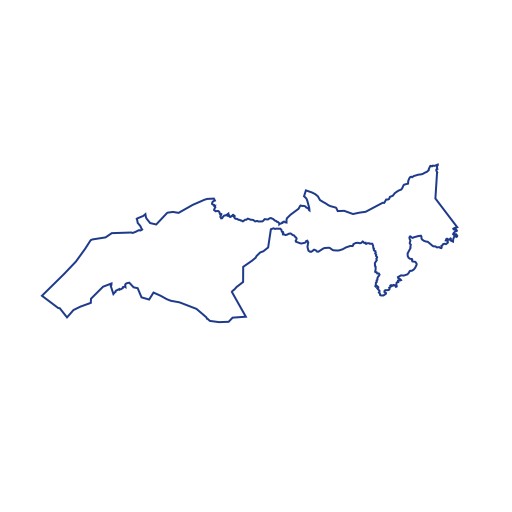 outline of Zapotitlán Tablas, Guerrero, Mexico, rotated 238°
{"feature_id": "50627088B79623688791809", "entity_name": "Zapotitlán Tablas", "entity_type": "district", "adm_level": 2, "iso_a3": "MEX", "parent_name": "Mexico", "parent_adm1": "Guerrero", "projection": "natural_earth1", "projection_center": [-98.863, 17.322], "detail": "fine", "context": "isolated", "style": "outline", "palette": "blue", "viewbox_px": 512, "rotation_deg": 238, "n_neighbors": 0, "source": "geoboundaries", "source_scale": "gbopen_adm2", "svg_char_len": 6157}
<svg xmlns="http://www.w3.org/2000/svg" viewBox="0 0 512 512"><g transform="rotate(238 256 256)"><path d="M209.9,215.2L238.3,216.5L238.8,217.4L239.1,220.1L240.0,223.1L240.8,231.3L253.6,239.4L254.1,249.8L254.7,254.7L255.7,256.5L256.8,261.5L256.1,264.7L256.8,270.8L270.8,282.8L270.2,285.5L268.8,286.6L268.5,287.6L266.2,291.1L264.7,291.4L262.9,290.8L262.1,291.6L261.4,291.5L260.7,290.5L260.0,290.3L259.2,291.5L258.2,292.0L257.5,294.2L257.6,295.3L256.9,297.1L256.2,297.6L254.3,298.2L253.3,299.2L251.0,299.4L250.4,299.8L249.5,299.8L248.5,298.9L247.8,297.6L246.8,297.5L246.2,298.0L242.9,300.6L242.5,301.2L241.3,304.6L241.4,305.7L242.0,306.3L241.8,307.6L239.9,307.5L236.5,304.5L234.7,303.9L232.7,303.3L230.9,304.1L230.8,304.7L230.3,305.1L230.3,306.9L230.7,308.3L230.5,308.7L229.2,309.7L227.4,310.1L226.6,311.2L226.7,317.0L226.4,318.4L224.5,322.0L223.8,322.8L220.4,324.2L219.6,325.0L217.5,327.9L216.7,329.5L215.8,333.0L215.6,336.9L214.5,341.5L213.4,342.8L213.3,343.4L213.4,343.8L214.4,344.8L214.2,347.5L213.2,349.4L211.9,350.7L211.4,351.7L211.4,352.9L211.8,354.1L211.4,354.4L209.7,354.7L209.2,355.9L208.3,355.6L207.9,355.8L207.8,357.1L206.9,358.7L206.0,359.1L204.8,361.1L202.7,360.8L200.6,359.7L199.8,360.0L199.2,359.3L198.3,359.0L196.9,359.8L196.4,359.4L195.5,359.4L194.9,358.4L193.5,358.7L192.6,357.8L191.3,358.1L190.6,358.0L189.8,356.5L188.5,356.3L187.1,353.2L186.3,352.6L185.2,352.2L184.6,351.6L183.6,351.8L181.2,350.3L179.5,348.7L179.0,348.7L178.3,349.7L177.0,349.5L176.1,350.9L174.8,350.9L174.2,350.0L173.8,348.7L172.9,347.2L171.5,346.4L171.4,345.3L170.0,344.7L169.8,343.5L168.1,342.4L167.2,341.2L166.5,341.3L166.4,342.5L165.7,342.4L165.6,343.0L165.0,343.2L164.2,342.9L164.1,341.7L161.0,342.3L160.2,341.8L160.0,340.9L158.3,341.1L157.1,340.6L156.3,341.1L155.0,343.1L155.1,346.0L155.6,346.6L157.4,345.8L158.4,346.7L158.5,347.4L157.0,350.1L156.9,351.0L157.3,351.9L158.5,352.1L158.6,354.1L159.7,354.2L159.8,354.8L159.5,355.4L158.3,356.1L158.2,356.7L158.6,357.2L157.7,358.2L155.7,358.3L155.5,358.9L155.8,359.4L156.9,359.6L158.7,360.9L159.0,361.7L158.5,362.8L159.9,363.4L159.8,363.9L158.9,365.2L158.7,366.2L159.4,366.2L162.0,364.9L162.9,365.2L162.7,368.8L161.1,370.9L160.2,374.7L160.7,376.5L161.7,378.3L161.7,379.0L160.9,380.2L160.9,382.6L161.7,384.8L163.4,387.5L164.4,388.1L166.1,388.1L166.8,387.8L168.5,385.8L169.6,385.9L170.2,386.6L170.7,386.7L172.2,385.0L173.6,384.5L175.5,384.6L177.8,385.9L181.0,391.4L181.7,391.5L183.6,393.3L184.5,393.1L185.5,393.2L187.3,395.1L189.4,395.4L190.5,396.0L191.0,396.8L190.7,397.4L188.9,398.0L188.3,398.6L188.2,399.8L186.9,404.2L185.8,406.6L184.9,406.6L183.1,405.6L181.9,405.6L180.0,406.4L178.5,407.5L177.0,409.2L170.8,411.2L170.0,411.8L169.0,413.3L167.4,414.0L166.4,416.1L165.2,416.6L164.5,417.4L165.0,418.1L166.3,418.6L166.2,419.7L166.9,420.7L166.6,422.2L165.4,423.4L165.7,425.8L166.9,426.4L167.4,426.4L168.6,425.2L169.6,426.6L169.2,427.4L168.1,427.8L167.3,428.8L167.8,429.9L167.8,430.3L167.3,430.4L165.8,429.4L163.8,430.7L165.8,432.2L167.7,434.8L167.6,435.4L166.0,436.0L166.0,436.9L166.6,437.4L168.5,437.2L169.0,436.4L169.4,434.9L170.0,434.7L170.6,435.5L171.3,437.9L170.8,439.3L171.0,439.8L172.4,439.7L173.5,438.1L174.0,437.7L174.6,437.8L174.5,439.3L173.8,441.9L209.7,438.6L230.6,453.6L230.8,454.0L233.0,454.2L233.6,454.6L233.8,455.2L233.7,455.9L234.7,456.0L235.1,456.5L236.1,456.9L236.8,458.4L237.2,458.6L237.8,455.3L239.0,453.6L238.7,453.1L238.9,452.6L239.9,451.9L240.0,451.5L238.1,448.5L237.4,448.2L237.2,447.8L236.8,445.1L237.1,444.2L237.3,440.8L237.7,439.4L239.0,436.6L240.2,432.1L240.1,430.1L241.0,429.6L241.2,428.6L240.6,427.1L239.0,424.9L236.8,423.3L238.0,419.4L237.7,418.4L236.0,415.9L235.4,414.4L235.9,411.7L235.9,409.1L235.7,406.9L234.6,403.9L235.2,400.9L233.9,399.2L234.0,397.7L234.9,396.3L233.1,392.9L234.0,391.6L235.4,372.4L237.9,366.8L240.2,360.5L247.6,354.7L250.8,349.1L254.1,349.5L254.8,349.3L259.1,345.3L261.3,344.0L264.1,342.8L265.7,341.8L269.6,339.9L273.8,340.1L277.1,339.0L280.1,337.2L285.2,333.1L281.2,328.4L278.1,329.2L275.4,328.7L268.5,326.6L266.4,325.5L266.9,325.3L267.8,325.6L269.0,325.3L270.5,324.3L271.7,324.2L273.1,323.2L274.0,321.6L275.2,320.6L275.1,320.0L273.5,317.1L272.7,307.1L271.6,302.2L270.6,301.1L268.2,299.6L269.1,298.6L270.4,298.0L270.5,296.1L270.0,295.9L270.6,293.4L270.5,292.5L271.5,293.1L273.5,292.5L274.0,291.8L275.1,291.6L276.2,290.7L278.2,290.2L280.3,288.7L280.7,287.7L280.7,285.4L282.7,282.8L282.0,280.8L282.0,279.7L284.0,276.3L285.1,275.6L285.8,273.6L288.1,272.7L289.6,270.7L292.0,268.9L291.9,267.0L292.5,266.1L292.3,263.2L293.9,262.4L294.2,261.8L295.3,261.3L296.0,260.3L297.4,259.7L298.5,258.3L299.6,258.0L300.8,258.1L300.9,258.9L301.2,259.1L303.0,258.5L303.1,258.1L302.2,257.5L302.6,257.2L302.9,256.4L302.6,255.8L302.7,255.0L303.1,254.5L304.7,254.7L304.7,253.6L305.1,253.3L306.0,254.7L306.6,255.0L306.4,252.4L307.1,250.6L306.9,249.2L306.0,247.2L306.4,246.4L307.3,246.7L308.1,246.5L309.9,248.8L310.4,248.5L310.6,247.7L312.9,248.2L314.0,247.9L314.5,247.4L315.3,245.5L317.2,244.8L318.4,246.2L318.8,247.3L320.0,247.5L320.3,247.9L320.7,247.1L321.5,247.5L322.5,246.6L323.3,246.3L323.8,246.5L324.9,247.8L325.1,249.3L324.8,250.5L327.0,250.7L330.2,245.0L331.0,242.2L332.9,229.4L333.6,213.2L337.4,208.9L339.5,204.2L339.6,203.3L335.6,188.1L340.0,183.7L345.9,183.0L347.5,183.3L350.1,184.4L349.7,181.6L350.8,175.2L350.7,174.5L350.0,174.5L346.7,173.2L342.9,173.8L339.8,173.4L338.8,173.5L338.7,172.7L339.0,171.2L339.9,170.6L340.0,169.9L340.3,166.6L340.9,163.6L342.0,162.7L351.8,145.8L351.5,138.3L356.8,125.9L357.0,124.1L352.6,114.8L346.7,100.3L342.5,83.9L335.7,53.4L316.7,60.7L315.7,61.9L304.1,63.2L306.9,72.6L306.1,80.3L303.8,91.1L307.2,93.4L311.0,110.0L309.3,118.9L308.0,118.0L307.7,117.0L299.3,114.9L300.0,117.1L300.0,117.9L300.6,118.3L300.8,118.9L300.5,121.7L299.9,122.1L300.3,122.8L299.7,123.1L299.4,123.8L299.4,126.1L300.1,126.5L300.1,126.8L299.6,128.4L298.8,128.8L301.0,129.9L301.4,130.9L301.4,131.9L300.5,134.4L294.3,135.6L291.4,138.6L281.6,137.0L275.7,142.3L279.3,149.7L272.9,154.0L266.6,157.5L263.2,160.0L257.3,166.5L242.7,177.5L230.3,181.4L228.8,181.2L228.5,181.6L225.4,182.5L219.5,189.6L214.7,197.9L216.1,203.5L209.9,215.2Z" fill="none" stroke="#1e3a8a" stroke-width="2"/></g></svg>